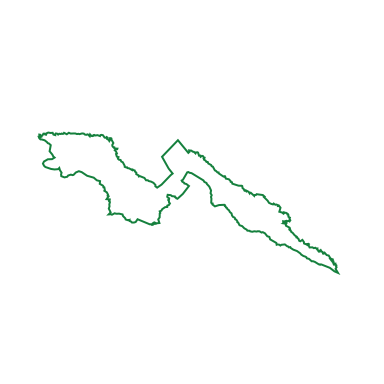 outline of Cohuecan, Morelos, Mexico, rotated 106°
{"feature_id": "50627088B76713899693742", "entity_name": "Cohuecan", "entity_type": "district", "adm_level": 2, "iso_a3": "MEX", "parent_name": "Mexico", "parent_adm1": "Morelos", "projection": "equal_earth", "projection_center": [-98.717, 18.758], "detail": "fine", "context": "isolated", "style": "outline", "palette": "green", "viewbox_px": 384, "rotation_deg": 106, "n_neighbors": 0, "source": "geoboundaries", "source_scale": "gbopen_adm2", "svg_char_len": 6042}
<svg xmlns="http://www.w3.org/2000/svg" viewBox="0 0 384 384"><g transform="rotate(106 192 192)"><path d="M181.6,354.2L182.5,353.5L183.2,352.1L182.9,351.1L182.9,347.9L184.1,345.0L184.8,344.1L184.8,342.9L185.9,340.7L192.1,340.1L194.5,336.6L196.1,335.1L196.8,333.6L199.0,335.6L200.3,339.6L203.5,342.7L205.8,343.1L207.6,341.4L208.4,339.8L208.7,333.8L208.2,330.3L206.9,326.9L205.5,326.2L207.5,324.9L209.4,322.7L211.2,322.7L212.8,322.0L213.1,318.6L211.7,316.1L210.3,315.6L208.7,313.2L208.7,311.5L208.2,310.6L205.2,309.0L203.2,306.5L203.3,303.5L205.3,297.3L205.3,290.4L207.0,286.7L206.9,283.4L209.6,282.9L210.4,279.5L211.1,278.6L211.9,278.4L211.8,277.5L214.4,276.2L215.0,276.5L215.8,273.8L217.7,272.0L218.8,272.1L219.1,271.0L222.4,272.1L221.8,269.0L222.5,268.9L223.5,270.2L223.4,269.7L224.3,268.1L226.6,268.1L228.6,267.3L230.9,267.4L234.0,264.6L236.5,265.9L235.7,263.8L235.9,262.7L233.8,260.5L233.8,258.9L232.9,256.0L232.7,252.6L234.2,251.6L235.6,249.0L236.7,248.2L236.8,246.1L236.4,245.3L236.8,244.6L236.2,244.2L237.1,243.8L237.2,242.5L237.9,241.3L237.3,239.3L236.4,237.9L233.2,236.8L234.7,223.7L234.3,222.6L234.7,221.5L234.4,220.8L233.7,221.1L233.0,219.3L232.4,220.6L231.6,219.9L231.9,217.5L230.8,214.8L227.6,216.9L225.3,216.1L221.6,217.1L220.9,216.7L219.5,217.7L218.4,216.3L216.7,215.9L214.0,213.7L213.2,211.7L211.9,212.0L210.7,210.5L209.0,210.1L208.5,211.1L207.1,211.7L206.3,212.6L205.7,212.0L204.4,212.2L203.9,214.0L203.4,214.5L201.4,214.6L200.9,211.5L201.5,210.1L201.0,207.2L201.7,206.8L201.8,205.9L202.4,205.4L202.5,204.1L196.4,200.3L187.1,196.6L185.9,199.6L185.9,201.7L185.3,202.2L184.7,204.3L183.8,205.1L182.8,204.1L174.4,202.0L173.8,200.9L174.2,199.8L174.0,197.6L177.7,184.2L178.9,182.9L179.3,180.6L180.2,179.9L182.0,176.9L185.3,174.1L188.1,173.8L189.6,172.2L191.5,172.4L193.0,171.5L196.9,170.6L197.5,170.0L197.4,169.0L198.4,168.8L199.5,166.0L197.1,162.4L195.4,157.4L195.6,156.7L196.5,156.5L196.6,155.7L197.5,155.1L197.6,154.2L198.6,153.3L199.4,151.4L200.8,150.1L201.7,148.1L203.5,147.1L204.7,145.6L204.8,144.2L205.5,143.3L206.3,143.0L206.5,141.7L207.8,140.2L208.5,140.1L208.8,139.0L210.8,137.2L211.0,134.3L212.5,131.7L213.1,129.1L213.9,128.1L213.4,125.9L213.8,125.3L213.6,123.1L212.6,121.3L212.2,118.9L211.6,118.0L211.2,116.2L211.8,114.0L211.1,112.9L211.6,110.5L213.8,107.4L213.8,105.3L216.0,103.8L217.7,96.9L219.3,96.1L218.9,95.6L218.6,93.6L219.1,92.3L218.1,91.5L216.8,88.3L217.9,85.6L217.9,84.5L218.5,83.7L217.9,82.3L218.6,81.7L219.5,78.7L219.8,74.8L221.2,70.9L222.0,69.9L222.8,67.3L222.9,65.2L223.2,64.1L224.1,63.3L224.0,61.2L225.6,57.8L225.2,56.7L225.3,54.7L226.6,50.1L226.6,49.0L226.3,49.0L226.0,47.6L226.9,38.6L229.0,33.2L229.5,29.4L226.3,32.8L224.4,32.3L223.7,33.1L222.7,33.0L222.3,33.8L222.7,35.6L222.3,35.9L221.4,35.2L221.5,36.3L221.1,36.9L220.7,36.6L219.9,37.4L219.5,37.1L218.8,38.2L218.0,38.1L217.9,39.1L219.3,39.2L217.8,41.2L217.3,41.0L215.4,43.1L215.5,45.2L213.8,47.8L215.0,48.4L215.1,49.1L213.6,50.0L213.6,50.9L212.3,52.3L213.0,52.8L214.0,52.7L214.4,53.5L214.1,54.1L213.5,54.1L212.8,55.8L211.7,55.9L212.0,57.0L211.6,58.1L212.4,59.4L212.0,61.0L212.9,63.7L211.3,65.0L211.3,66.4L210.9,66.5L210.4,66.4L210.4,65.6L209.9,65.3L209.7,65.7L210.8,68.3L210.6,70.1L209.2,70.7L207.6,72.7L209.5,74.3L209.4,75.4L207.5,76.9L207.3,77.9L206.5,78.5L206.7,79.2L206.0,79.4L205.3,81.4L203.5,84.0L203.0,85.6L202.4,85.9L201.3,88.1L200.4,88.2L200.8,87.4L199.4,88.3L198.5,92.4L197.6,92.9L196.6,92.7L196.9,95.3L195.6,93.9L196.0,96.0L195.0,96.3L194.9,94.5L194.4,94.5L193.6,93.2L193.7,91.9L192.9,90.9L193.3,90.1L192.1,89.7L190.9,90.9L189.7,90.8L189.2,92.5L187.5,93.0L186.9,93.6L187.2,94.1L186.3,94.9L186.1,96.1L186.5,97.3L187.1,97.7L186.2,98.3L186.5,98.7L187.4,98.6L186.9,99.8L186.9,102.6L182.7,102.6L181.5,104.2L181.8,105.3L181.0,105.2L180.8,107.5L181.3,108.4L180.6,110.3L181.6,110.7L181.6,112.5L181.2,115.0L179.5,116.9L177.0,121.5L176.4,121.0L175.4,123.1L176.3,129.3L177.2,129.7L177.7,131.1L178.6,131.1L176.5,135.3L176.6,136.0L177.5,136.2L176.2,137.7L175.8,139.6L176.4,139.9L175.6,140.9L176.3,141.5L176.2,142.0L174.8,143.2L174.4,144.4L172.4,145.4L172.3,146.0L173.1,149.0L172.9,155.5L171.6,156.3L171.6,157.6L170.8,158.0L169.6,160.1L169.8,163.2L167.8,164.5L167.9,165.2L168.5,165.4L168.4,166.3L166.7,171.5L165.9,171.8L166.1,173.0L165.1,174.8L164.9,176.0L161.9,178.9L161.8,180.2L160.8,181.0L160.1,184.2L158.8,185.2L159.1,186.4L158.1,187.6L157.6,189.4L155.8,189.4L156.1,190.2L155.3,190.3L154.5,191.3L154.5,192.4L155.8,193.4L154.7,194.3L155.1,195.3L152.5,197.0L152.3,197.6L152.9,199.2L153.9,199.3L152.9,201.2L153.0,202.6L152.4,203.9L152.8,206.2L154.1,205.5L155.4,206.3L146.1,219.8L166.4,230.5L175.9,220.9L179.6,215.7L181.6,217.1L193.3,223.3L197.4,226.7L196.6,228.8L195.3,229.1L193.8,231.6L193.3,234.2L193.4,236.7L192.9,237.7L193.4,239.4L191.6,241.6L191.1,246.5L191.7,247.4L190.7,248.0L190.2,250.5L188.7,250.9L188.1,252.4L187.1,253.0L187.1,254.6L186.7,255.3L186.8,255.8L187.4,255.7L186.6,258.9L186.8,260.6L186.2,261.2L186.5,262.1L186.4,263.6L185.3,264.0L182.5,266.7L182.2,268.4L180.9,269.5L181.1,271.0L180.4,272.4L178.7,272.3L178.7,274.0L176.4,275.5L175.7,274.8L173.9,276.3L173.1,277.8L171.9,277.2L171.4,275.7L170.9,275.7L171.3,277.3L171.1,279.0L170.5,279.1L170.6,280.0L170.0,281.0L168.8,281.6L166.6,281.1L163.9,283.8L162.8,284.2L162.6,284.8L163.0,286.1L164.8,285.2L165.8,285.5L164.9,286.4L164.4,288.3L162.9,288.6L162.7,289.2L163.6,289.6L163.8,291.0L162.0,293.2L162.0,294.6L162.5,295.6L163.6,295.8L163.4,298.5L164.3,300.4L164.1,301.8L164.5,302.4L165.1,302.2L165.7,303.1L165.8,304.1L164.8,305.8L166.6,305.7L165.4,307.8L165.4,308.4L166.2,309.4L166.3,310.9L165.7,312.1L166.0,313.8L167.4,316.1L167.4,317.4L168.0,318.5L167.9,320.4L169.3,324.9L169.0,326.7L171.0,328.3L170.4,331.3L171.4,331.6L171.8,332.3L171.7,333.3L172.4,334.0L172.6,335.7L173.7,336.5L173.1,337.8L173.3,339.1L174.2,339.5L175.0,339.2L175.0,341.0L173.5,342.3L174.2,344.0L174.5,346.6L175.6,347.9L177.2,348.1L177.2,349.1L176.5,349.6L176.9,350.9L179.0,351.4L179.8,352.3L178.8,353.6L178.9,354.6L179.7,354.4L180.7,352.4L181.6,353.4L181.6,354.2Z" fill="none" stroke="#15803d" stroke-width="2"/></g></svg>